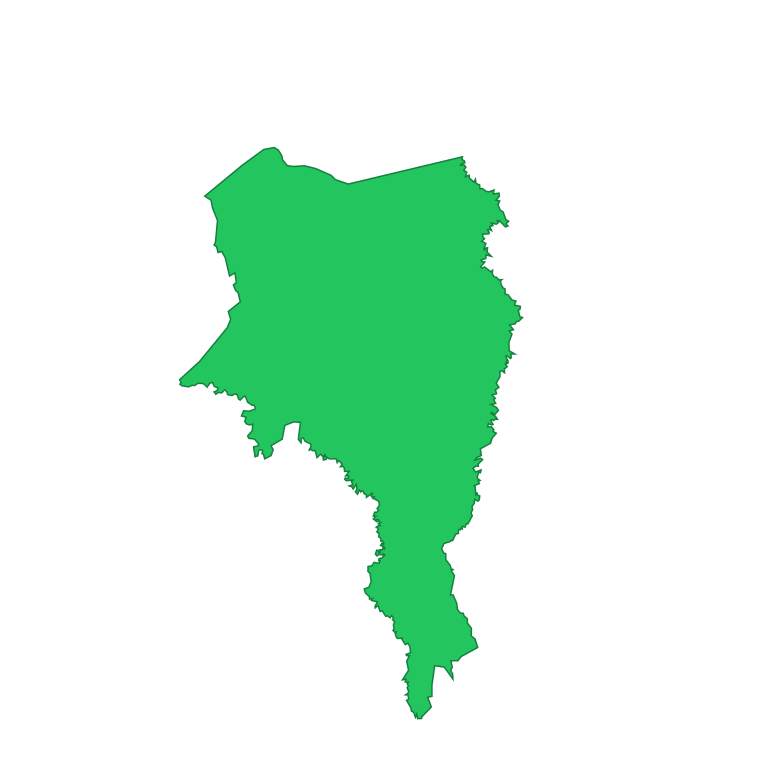 outline of Simon Bolivar, Guayas, Ecuador, rotated 44°
{"feature_id": "8360857B9786839624042", "entity_name": "Simon Bolivar", "entity_type": "district", "adm_level": 2, "iso_a3": "ECU", "parent_name": "Ecuador", "parent_adm1": "Guayas", "projection": "orthographic", "projection_center": [-79.376, -2.042], "detail": "fine", "context": "isolated", "style": "filled", "palette": "green", "viewbox_px": 768, "rotation_deg": 44, "n_neighbors": 0, "source": "geoboundaries", "source_scale": "gbopen_adm2", "svg_char_len": 6170}
<svg xmlns="http://www.w3.org/2000/svg" viewBox="0 0 768 768"><g transform="rotate(44 384 384)"><path d="M130.1,324.8L124.6,373.4L131.9,371.9L138.3,376.4L150.6,382.0L164.3,399.1L165.3,402.1L168.3,401.5L173.2,404.7L175.3,401.4L182.0,403.4L197.9,413.6L199.6,407.6L207.4,413.7L206.8,417.4L212.1,419.7L215.7,419.7L223.6,424.8L221.6,440.0L228.8,444.0L232.1,452.3L235.7,496.0L234.0,522.9L237.1,524.0L237.3,525.9L239.8,525.7L245.6,521.7L246.7,518.4L248.9,516.6L249.6,512.9L252.1,510.5L254.1,509.1L259.0,509.1L258.1,504.5L259.6,502.0L263.7,503.7L267.0,502.1L268.6,504.6L267.3,507.7L270.1,508.2L270.8,505.1L273.5,503.1L273.4,498.8L276.3,498.7L278.8,500.3L282.7,497.9L283.4,495.0L285.7,493.6L289.7,495.8L291.7,495.5L291.8,490.0L292.8,489.2L298.6,491.8L303.9,490.9L305.2,489.6L307.9,490.4L308.6,491.8L305.7,497.5L301.6,500.7L303.7,506.0L307.8,503.7L309.9,507.7L312.9,508.2L315.9,506.7L317.4,504.1L321.7,509.1L322.0,516.1L324.5,517.0L329.0,513.6L335.5,514.2L336.5,515.9L333.8,519.8L341.8,525.9L343.1,523.3L340.2,519.2L340.3,517.4L342.8,516.1L344.7,518.9L345.9,518.2L350.2,520.7L352.5,513.9L349.9,508.2L345.6,506.9L349.1,494.4L341.4,482.6L345.4,473.9L350.6,469.7L360.8,483.3L365.1,483.9L362.3,480.5L363.3,478.8L366.8,480.0L372.6,478.2L374.8,479.3L376.2,484.2L376.5,481.7L378.6,481.7L381.0,479.8L387.0,483.5L387.1,478.5L390.3,478.7L390.8,475.8L392.2,476.8L391.1,479.0L393.2,480.8L394.8,478.2L393.7,476.4L396.9,475.7L401.5,471.0L405.0,473.1L404.6,470.4L409.7,470.7L410.1,473.8L411.8,471.8L413.4,471.8L416.4,474.3L419.6,471.1L420.3,476.8L422.2,474.8L424.1,476.6L421.4,478.7L421.9,479.8L424.1,479.8L428.8,474.0L427.9,476.5L431.6,478.2L429.8,481.4L432.3,480.3L434.8,481.0L433.8,475.6L437.4,478.2L438.3,481.4L441.5,481.6L439.8,477.5L442.3,477.8L442.3,476.0L443.6,475.7L445.9,476.7L448.4,476.0L450.1,477.7L451.4,470.0L452.5,473.4L454.4,473.7L455.6,471.1L455.4,473.9L461.5,472.0L464.8,474.1L465.7,478.6L468.0,478.5L467.7,481.8L466.3,482.6L468.1,486.4L470.0,484.8L470.0,488.5L474.3,488.0L472.8,486.8L474.5,485.4L475.2,486.6L477.8,485.9L477.0,488.3L480.2,488.6L478.5,489.1L477.8,493.3L478.8,491.5L481.5,493.3L481.4,495.3L484.7,495.2L486.3,497.7L488.4,497.1L490.9,499.2L492.1,497.8L495.0,499.0L495.3,499.9L493.1,500.0L493.7,502.5L498.2,501.0L498.8,502.5L497.0,502.2L497.8,504.4L496.1,506.4L498.2,507.5L498.2,509.1L495.3,507.8L494.2,508.6L496.0,512.4L498.5,512.5L498.7,510.1L501.9,508.0L501.4,506.6L503.4,506.5L503.4,510.6L501.7,513.0L502.9,514.7L503.7,513.7L505.0,516.4L500.7,519.3L501.6,523.2L499.3,526.4L502.7,530.0L505.4,529.9L512.0,535.0L514.3,540.7L512.1,545.2L515.9,547.2L521.3,547.2L523.0,548.8L524.7,546.2L525.3,548.4L530.8,545.3L531.9,550.2L533.2,551.1L533.6,547.4L539.2,550.3L540.2,548.4L546.7,549.9L547.6,548.3L550.8,547.9L550.4,545.2L553.5,545.8L553.8,547.6L556.8,547.6L558.2,550.9L561.5,553.1L561.6,555.0L564.1,555.1L565.2,553.9L565.6,555.9L569.0,557.7L570.5,557.6L573.7,554.2L574.0,555.1L580.3,556.7L581.2,553.9L584.9,554.8L589.8,558.8L587.7,563.2L589.0,563.7L591.0,561.8L592.9,567.7L600.5,572.8L602.8,584.0L605.0,581.1L606.2,583.6L608.6,581.4L608.8,583.4L611.1,584.1L611.6,586.4L615.3,588.0L616.1,589.9L615.4,592.6L617.4,591.0L620.8,593.8L620.0,595.9L628.5,598.3L630.9,600.3L633.5,599.5L638.1,601.9L636.8,598.7L640.6,601.4L643.4,598.5L642.4,597.2L642.4,583.4L633.0,579.0L635.5,575.4L627.8,567.5L616.1,551.4L624.1,545.8L638.6,548.4L634.8,544.9L631.1,543.8L629.8,540.2L624.4,536.6L629.4,531.7L628.8,526.6L634.4,508.4L626.6,504.2L621.7,504.6L616.6,499.0L610.3,498.1L606.9,495.0L602.9,495.3L600.3,493.9L597.9,495.8L593.7,495.2L588.3,491.1L580.2,487.7L578.4,489.6L567.8,472.9L562.4,471.7L562.5,469.5L561.0,470.5L557.4,468.4L550.7,467.5L546.1,463.1L544.4,464.2L539.7,462.3L538.0,457.1L541.2,451.0L540.9,449.6L542.2,449.0L539.9,442.3L541.3,439.8L538.8,437.1L540.1,435.9L539.4,434.5L541.0,434.1L539.3,431.9L541.8,430.6L540.3,427.4L541.5,426.2L539.0,417.4L536.3,416.4L534.8,412.5L532.5,411.3L531.9,407.3L529.5,403.8L533.0,403.0L533.0,401.1L530.6,398.0L528.9,399.0L526.7,397.9L526.8,399.8L521.1,394.7L519.5,394.5L521.8,389.4L519.3,388.4L520.1,386.6L516.7,387.0L515.7,386.0L513.4,381.8L515.0,380.9L513.5,378.4L511.0,383.7L506.4,382.7L507.2,379.0L509.0,377.6L507.3,376.1L507.5,369.9L505.0,370.3L502.4,375.4L501.8,372.5L503.7,367.8L498.3,363.7L501.8,352.7L499.3,347.6L499.0,341.4L495.2,342.4L494.8,340.5L491.1,340.2L488.2,342.8L486.6,340.0L489.9,338.7L490.5,337.3L486.2,336.2L486.2,334.7L488.2,334.1L488.4,332.0L490.1,330.6L486.6,329.8L481.3,330.7L481.0,329.4L484.9,329.2L484.7,323.5L481.4,322.7L475.1,324.3L477.9,320.4L473.7,319.1L474.1,317.0L469.3,316.9L471.7,312.8L468.1,310.7L469.1,306.6L464.1,305.4L462.4,298.3L458.6,294.2L459.4,292.7L462.9,292.2L460.1,289.6L460.6,285.9L457.4,285.4L456.5,282.5L458.1,284.0L458.8,283.1L457.4,281.4L452.2,279.4L452.9,278.1L457.2,277.9L457.3,276.7L454.4,274.3L457.2,271.6L450.9,273.1L444.8,267.1L441.4,259.2L437.4,258.8L439.4,255.0L433.3,254.2L436.6,249.5L435.8,247.5L437.3,245.0L437.5,240.0L434.9,241.2L429.4,237.7L429.9,235.8L428.2,233.4L423.6,236.3L422.4,235.8L421.4,232.7L417.4,234.7L411.7,233.6L408.6,235.1L405.0,231.5L402.7,232.2L399.2,231.1L396.0,228.8L396.2,227.2L394.2,229.3L390.8,229.1L389.2,230.4L385.4,229.5L383.1,226.8L382.9,229.0L375.0,230.0L374.3,232.3L372.1,232.6L371.8,226.2L369.1,228.0L367.7,227.2L370.1,223.0L367.7,220.3L372.4,217.6L366.5,217.5L363.9,214.1L362.7,215.6L363.4,217.5L362.2,217.7L359.6,212.1L355.1,213.5L355.4,209.6L353.2,209.7L350.8,207.5L355.1,203.3L354.3,201.7L351.2,201.2L351.9,199.7L354.7,198.9L350.7,197.2L352.3,194.4L349.5,193.6L353.8,191.0L354.1,188.0L352.1,187.8L353.8,186.3L362.3,186.6L363.4,184.2L360.5,184.1L360.6,180.3L357.4,181.1L350.2,177.5L346.7,178.2L341.4,175.8L340.1,172.0L336.8,174.0L336.6,168.8L334.1,166.8L330.6,171.4L328.4,168.0L326.0,172.9L323.6,174.5L319.1,175.0L317.4,176.9L314.4,174.3L310.9,175.9L307.6,173.3L308.6,176.3L302.3,176.5L300.1,174.7L298.7,178.4L296.3,174.1L292.9,175.0L292.3,171.1L289.4,170.8L287.1,173.4L286.7,171.8L288.5,168.7L286.7,167.6L284.1,168.4L282.6,166.1L219.4,265.0L207.1,270.8L201.1,270.6L185.2,276.5L175.3,282.2L167.7,290.5L162.8,294.1L155.4,293.2L151.6,290.7L145.5,289.1L140.7,290.2L134.6,298.9L130.1,324.8Z" fill="#22c55e" stroke="#15803d" stroke-width="1.5"/></g></svg>